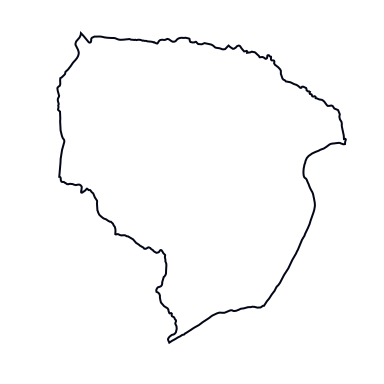 Mendefera, Debub, Eritrea, rotated 7°
{"feature_id": "51966322B17465014138668", "entity_name": "Mendefera", "entity_type": "district", "adm_level": 2, "iso_a3": "ERI", "parent_name": "Eritrea", "parent_adm1": "Debub", "projection": "natural_earth1", "projection_center": [38.816, 14.861], "detail": "fine", "context": "isolated", "style": "outline", "palette": "ink", "viewbox_px": 384, "rotation_deg": 7, "n_neighbors": 0, "source": "geoboundaries", "source_scale": "gbopen_adm2", "svg_char_len": 5841}
<svg xmlns="http://www.w3.org/2000/svg" viewBox="0 0 384 384"><g transform="rotate(7 192 192)"><path d="M277.3,296.2L279.7,291.2L281.6,288.3L283.6,284.1L286.0,280.0L287.3,276.3L287.8,275.4L289.1,273.8L290.4,271.4L293.5,263.1L296.9,256.1L299.8,247.3L302.8,240.3L303.2,238.8L304.2,236.2L307.0,226.1L308.2,223.3L309.0,221.7L309.2,220.3L311.7,212.8L312.2,210.8L312.5,210.1L313.3,205.5L315.0,197.8L315.5,194.8L315.7,191.0L315.5,189.5L315.1,187.5L313.8,183.4L312.4,179.3L311.4,177.4L310.3,176.0L308.8,173.8L307.4,171.3L306.8,170.0L306.0,168.8L304.3,165.8L303.6,164.9L302.6,164.4L301.6,163.6L300.9,162.2L300.4,160.2L300.1,157.9L300.0,155.0L300.3,150.9L300.7,149.5L300.9,147.4L301.5,145.3L301.9,144.2L303.3,142.1L306.6,139.1L310.0,137.0L312.5,135.7L314.3,134.4L317.5,132.8L320.1,130.6L322.8,128.0L324.5,127.1L331.8,125.3L332.9,125.3L333.7,125.6L336.6,126.2L338.0,125.8L337.9,123.4L338.3,121.3L337.8,120.6L337.3,120.6L336.4,120.9L335.7,117.3L332.9,109.2L332.5,107.5L332.4,106.0L331.8,104.1L330.0,101.9L329.1,99.4L329.2,96.8L327.0,92.9L323.1,91.8L321.1,89.5L320.4,89.3L319.5,89.2L318.6,89.6L316.3,90.0L315.3,89.4L312.2,86.1L310.8,85.2L309.7,84.7L307.0,84.6L304.7,83.9L303.3,83.8L303.1,82.6L302.6,82.2L302.1,82.0L300.7,82.5L299.9,82.4L299.4,81.9L298.9,80.7L298.3,80.4L297.2,80.4L296.7,79.7L296.7,79.0L296.9,78.3L296.1,77.9L295.0,78.0L294.3,77.7L293.3,77.0L293.2,76.2L292.6,74.9L289.6,73.9L288.4,74.1L287.9,74.6L287.8,75.2L287.1,75.4L286.6,75.3L284.5,73.8L282.5,72.9L280.3,72.5L276.4,71.1L271.7,70.8L270.5,69.8L269.0,69.3L268.0,68.4L265.8,63.9L265.4,60.8L264.5,59.5L262.4,57.7L258.7,55.5L257.8,54.2L257.9,52.7L257.7,52.1L257.3,51.6L256.8,51.5L255.0,51.6L254.4,51.1L254.1,50.3L254.1,48.9L253.9,48.1L252.7,47.9L251.6,46.9L250.8,46.9L250.2,47.4L250.2,49.4L250.0,50.2L249.1,50.8L248.6,50.8L247.5,50.1L245.7,49.4L242.7,50.0L241.8,48.8L240.4,47.8L237.8,45.9L237.1,45.6L235.3,45.6L234.3,45.4L232.8,46.3L229.7,47.1L229.7,45.8L229.1,45.3L227.8,45.8L226.6,46.1L224.5,44.2L223.3,43.0L222.1,41.5L221.1,41.0L220.2,41.1L219.6,41.4L218.8,41.9L217.8,43.4L216.1,44.7L215.2,44.9L212.7,43.7L211.5,43.0L210.5,42.2L209.7,43.1L207.5,46.1L205.8,46.6L204.6,46.6L202.1,46.0L198.2,45.9L197.2,45.6L195.4,44.3L194.2,43.7L193.0,43.3L186.3,42.7L183.7,44.2L180.1,44.4L178.3,43.0L177.8,42.5L177.2,42.5L176.1,43.2L174.6,43.5L172.2,43.3L171.4,42.3L170.9,40.4L170.2,40.0L166.8,39.7L165.0,40.1L162.8,40.2L161.2,40.6L159.8,41.3L158.5,42.5L157.3,44.3L156.2,44.9L154.6,45.2L152.9,44.6L150.8,43.4L149.6,43.1L148.7,43.1L147.0,44.2L145.8,44.5L143.8,44.5L142.1,45.0L141.4,45.5L140.6,46.6L139.9,48.3L139.3,48.9L138.2,48.7L137.0,48.3L136.2,48.3L136.0,47.9L134.8,48.0L134.2,47.8L132.9,47.8L129.4,47.9L128.0,47.6L126.3,47.8L125.2,47.6L124.5,47.8L122.3,47.3L120.1,47.4L118.4,48.0L117.0,47.8L116.5,48.1L112.7,48.2L111.3,47.8L105.2,49.2L102.1,49.7L100.2,49.6L96.9,48.7L95.2,48.7L92.7,49.0L89.3,49.2L86.4,49.2L83.6,48.9L81.6,48.9L76.8,49.6L76.3,49.6L73.9,51.1L73.4,52.1L73.3,52.5L73.5,54.1L73.2,55.7L72.3,56.2L71.3,56.0L65.2,50.2L62.4,47.9L62.4,49.7L61.8,51.7L61.4,52.6L58.8,56.5L58.5,57.5L58.3,58.8L58.3,59.5L58.5,60.2L61.5,64.7L62.3,66.5L62.6,67.4L62.7,68.8L62.4,70.8L61.5,73.1L60.3,75.1L58.1,78.2L56.1,82.1L53.9,85.7L51.8,88.1L51.6,90.3L51.0,91.3L48.7,94.1L47.4,95.1L47.5,97.1L48.1,100.9L47.9,102.5L46.3,104.1L45.7,105.3L46.4,107.9L48.4,112.8L48.3,113.6L47.7,115.2L47.5,116.2L47.7,117.7L49.0,120.9L48.7,122.5L49.2,124.0L49.0,125.7L49.0,126.7L51.2,128.3L52.3,135.1L52.5,137.9L54.1,147.0L56.1,152.3L57.2,154.3L58.4,155.5L58.8,156.1L59.1,157.3L59.1,158.1L57.9,166.1L57.6,175.1L57.9,179.1L58.4,193.1L59.1,193.1L59.7,193.7L60.1,194.6L60.3,196.2L61.1,197.6L61.5,197.8L63.6,197.7L64.1,197.9L64.5,198.3L65.3,198.4L66.0,198.9L67.1,199.4L68.1,199.4L69.7,198.8L71.3,198.7L72.6,198.7L74.0,199.1L75.8,199.3L78.3,198.5L79.0,198.4L79.8,198.5L80.8,199.1L81.8,200.0L82.0,201.0L82.0,203.2L82.1,204.0L81.8,204.6L82.0,205.2L82.0,205.8L82.3,206.1L83.3,205.9L84.4,204.7L85.0,204.4L86.2,203.0L86.9,201.9L87.3,201.5L88.0,201.8L89.1,202.7L90.6,202.5L91.1,202.9L92.5,204.4L94.1,205.4L96.3,209.3L98.8,212.2L99.0,213.2L99.1,215.2L100.4,221.9L101.0,222.7L101.2,223.5L102.6,225.7L103.4,226.4L105.4,227.8L107.3,228.9L108.1,229.2L109.8,229.5L112.5,230.9L114.1,231.5L115.1,231.4L117.3,233.0L118.6,235.0L119.5,235.8L120.4,237.9L120.8,239.9L121.0,243.2L121.5,243.4L122.0,243.3L122.6,243.0L123.4,242.9L124.0,242.9L125.7,243.5L127.5,243.7L128.4,243.4L130.6,243.1L132.8,243.9L133.8,243.8L139.3,246.2L142.7,249.3L145.8,250.8L146.9,251.6L150.5,253.1L151.5,254.1L153.0,254.0L153.9,253.5L154.7,252.7L155.8,252.2L157.4,252.7L158.4,253.6L160.3,254.5L161.3,255.5L164.1,256.7L165.4,256.3L166.4,255.7L167.5,253.8L167.8,253.5L168.8,253.5L169.9,254.7L171.0,256.2L173.0,257.8L173.1,258.4L173.0,259.9L173.8,262.3L174.1,264.2L175.1,266.0L175.5,267.8L175.8,272.4L176.1,276.0L175.9,277.3L174.9,279.3L174.3,279.8L173.4,285.4L173.6,286.3L173.4,288.0L173.0,288.8L172.6,289.3L171.4,290.1L170.7,290.3L169.6,290.9L168.9,292.2L168.5,293.8L168.9,295.4L170.7,296.0L172.0,297.1L172.8,298.8L173.0,300.6L173.8,303.3L174.7,305.5L178.2,308.7L182.0,310.5L182.8,311.5L183.2,312.9L184.2,314.9L184.7,315.2L186.0,314.7L186.8,315.2L186.8,316.7L187.1,317.5L187.6,317.9L189.0,318.3L189.7,318.8L190.6,320.4L191.7,321.3L191.8,321.8L191.8,322.6L191.4,324.3L191.6,325.0L193.0,327.2L193.5,329.7L193.1,333.3L191.9,335.1L191.0,335.7L189.4,336.3L187.3,338.4L186.3,340.2L186.1,341.0L186.4,341.9L187.8,344.3L190.5,342.0L193.2,340.1L195.8,338.0L197.7,336.8L199.7,335.1L201.7,334.3L202.2,333.4L203.6,332.4L210.7,326.4L215.1,323.2L218.5,319.9L224.2,315.1L226.3,313.0L227.2,312.2L231.6,309.4L233.8,308.4L237.8,308.1L239.2,307.8L244.1,305.0L245.2,304.6L246.3,304.6L247.5,305.0L248.5,305.0L250.3,304.5L252.9,303.1L254.5,302.0L257.8,301.1L261.6,299.5L264.4,299.1L265.9,298.5L268.0,298.4L271.0,298.8L274.2,298.2L276.3,296.3L277.3,296.2Z" fill="none" stroke="#020617" stroke-width="2"/></g></svg>